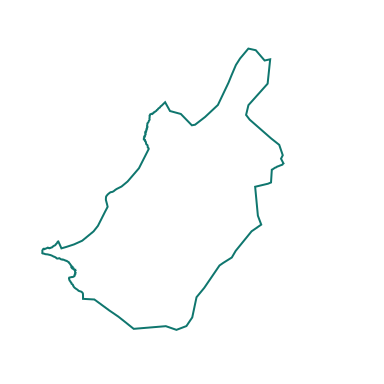 outline of Shine-Ider, Hövsgöl, Mongolia, rotated 310°
{"feature_id": "93677404B2181699947628", "entity_name": "Shine-Ider", "entity_type": "district", "adm_level": 2, "iso_a3": "MNG", "parent_name": "Mongolia", "parent_adm1": "Hövsgöl", "projection": "robinson", "projection_center": [99.405, 49.039], "detail": "fine", "context": "isolated", "style": "outline", "palette": "teal", "viewbox_px": 384, "rotation_deg": 310, "n_neighbors": 0, "source": "geoboundaries", "source_scale": "gbopen_adm2", "svg_char_len": 5397}
<svg xmlns="http://www.w3.org/2000/svg" viewBox="0 0 384 384"><g transform="rotate(310 192 192)"><path d="M47.4,153.0L46.6,153.4L46.1,154.2L45.7,154.8L45.5,155.1L45.4,155.6L45.4,156.2L45.3,156.5L44.9,157.1L44.9,157.5L44.9,158.0L44.5,158.4L44.3,158.7L44.3,159.3L44.4,159.8L44.4,160.3L44.1,160.8L43.8,161.1L43.8,161.4L43.8,161.5L43.7,161.8L43.4,162.3L43.2,163.5L43.3,165.3L43.4,166.1L43.5,167.0L43.5,167.7L43.4,168.4L43.5,168.9L43.9,169.9L44.4,171.0L44.5,171.8L44.5,172.5L44.3,173.3L44.0,173.8L42.6,175.1L40.1,177.2L46.9,186.3L48.1,204.8L49.2,216.0L49.7,235.3L72.4,258.2L76.4,268.7L85.7,273.9L96.1,272.8L114.3,263.1L126.4,263.0L153.4,260.3L157.8,261.5L167.4,264.6L175.0,263.3L200.2,262.9L211.5,266.0L216.2,257.7L236.6,237.0L247.2,244.9L250.1,246.4L260.4,238.8L261.1,239.2L262.0,239.4L263.9,240.0L264.3,240.1L264.8,240.5L265.2,240.7L265.7,240.8L266.2,240.9L267.3,241.6L267.6,241.8L268.5,242.2L269.7,242.9L270.7,243.5L271.3,243.7L271.8,243.5L272.1,243.5L272.4,243.6L272.7,243.7L274.7,238.8L278.5,237.9L284.2,228.5L283.9,218.3L284.5,189.7L285.8,183.9L294.8,179.4L317.1,180.1L323.6,180.3L343.9,166.6L339.4,163.1L341.6,149.7L338.1,143.0L325.2,143.0L317.5,144.0L307.0,147.2L299.2,149.7L275.3,155.9L257.9,153.8L245.5,151.1L243.0,149.0L244.6,133.3L239.9,123.1L243.5,113.7L238.3,113.2L237.9,113.0L237.5,112.9L237.2,112.9L236.4,113.1L236.1,113.1L235.6,112.9L234.8,112.7L234.4,112.6L233.9,112.6L233.6,112.6L233.0,112.7L232.3,112.4L232.0,112.4L231.2,112.5L230.8,112.4L230.0,112.1L229.7,112.0L229.0,112.0L228.6,111.8L228.5,111.6L228.4,111.5L228.2,111.5L227.9,111.5L227.6,111.7L227.3,111.7L227.1,111.6L226.8,111.4L226.4,111.4L226.4,111.2L226.2,111.0L226.0,110.8L225.8,110.8L225.7,110.6L225.2,110.4L224.8,110.2L224.6,110.1L224.3,110.3L223.9,110.4L223.7,110.3L223.4,110.4L223.0,110.5L222.9,110.6L222.7,111.0L222.2,111.4L221.7,111.7L221.3,111.9L221.0,112.1L220.6,112.6L220.2,113.0L219.9,113.1L219.5,113.2L218.8,113.2L217.6,113.7L217.0,113.8L216.8,113.8L216.5,113.7L216.2,113.7L215.9,113.7L215.2,114.2L214.6,114.7L213.8,115.0L213.6,115.1L213.5,115.7L213.5,115.8L212.8,116.3L212.7,116.3L212.6,116.2L212.4,116.1L212.2,116.2L212.1,116.4L211.9,116.5L211.6,116.4L211.3,116.5L211.2,116.9L211.2,117.0L210.8,117.0L210.7,117.0L210.3,117.0L210.2,117.1L210.1,117.3L209.8,117.6L209.6,117.6L209.4,117.7L209.0,117.5L208.9,117.5L208.7,117.5L208.6,117.8L208.3,117.7L208.1,117.7L207.9,117.7L207.8,117.9L207.8,118.1L207.8,118.3L207.7,118.3L207.3,118.1L207.2,118.2L206.9,118.5L206.7,118.6L206.6,118.9L206.6,119.1L206.6,119.3L206.4,119.4L206.2,119.5L205.9,119.6L205.6,119.6L205.1,119.5L204.9,119.5L204.6,119.6L204.3,119.7L204.2,119.8L204.2,120.1L203.9,120.1L203.7,120.0L203.5,119.9L203.4,120.0L203.4,120.4L203.3,120.5L203.0,120.5L202.8,120.5L202.3,120.5L202.2,120.6L201.9,120.9L201.4,121.2L201.3,121.3L201.5,121.5L201.7,122.1L201.7,122.3L201.7,122.5L201.4,122.8L200.9,123.2L200.8,123.3L200.7,123.5L200.8,123.7L200.8,123.8L200.9,124.1L199.9,125.4L199.4,125.9L199.3,126.2L199.3,126.5L199.2,126.7L199.2,127.0L199.3,127.4L199.2,127.8L199.0,128.1L198.6,128.6L198.2,129.0L197.8,129.3L197.7,129.5L197.7,130.3L197.5,130.5L197.4,130.9L197.1,131.2L176.1,136.1L158.6,135.9L150.9,134.5L145.8,132.3L144.0,131.8L142.3,131.5L141.0,131.0L139.4,129.7L137.7,129.3L135.8,129.0L133.4,129.1L132.9,129.4L132.1,129.9L130.6,131.1L128.0,134.8L126.4,136.9L120.9,138.1L105.6,141.7L98.5,141.9L84.1,139.2L76.0,135.3L69.1,131.0L64.9,128.2L68.2,121.4L67.7,121.1L67.3,121.2L67.0,121.2L66.2,121.4L65.8,121.4L65.3,121.4L64.7,121.3L64.4,121.3L64.2,121.4L63.7,121.4L63.4,121.4L63.0,121.3L62.0,120.8L61.1,120.5L60.7,120.5L60.2,120.5L59.7,120.4L59.2,119.9L58.9,119.8L58.3,119.7L57.8,119.2L57.5,119.1L57.3,119.0L57.2,118.8L57.2,118.5L57.1,118.4L56.8,118.1L56.8,117.5L56.7,117.3L56.5,117.2L55.7,116.9L54.0,116.0L53.6,115.8L53.4,115.7L53.5,115.2L53.4,115.0L53.2,114.9L52.8,114.7L52.5,114.7L51.2,114.9L50.8,115.1L50.4,115.5L49.6,116.2L49.0,116.5L48.9,116.6L48.9,116.8L48.9,117.0L49.1,117.4L49.7,118.4L49.8,118.6L50.0,119.4L50.2,119.8L50.5,120.2L51.4,121.5L52.7,124.1L53.2,125.6L53.3,126.0L53.4,126.4L53.5,127.2L53.6,127.6L53.8,127.9L54.0,128.5L54.2,129.4L54.2,129.8L54.3,130.2L54.2,130.5L54.2,130.9L54.2,131.1L54.3,131.4L54.5,131.7L55.3,132.4L55.5,132.6L55.9,132.8L56.0,132.9L56.1,133.2L56.1,133.8L56.1,134.1L56.3,135.2L56.4,135.4L56.6,135.6L56.8,135.7L56.9,135.8L57.0,136.1L57.1,136.4L57.1,136.6L57.4,136.8L57.6,137.1L57.7,137.5L57.9,138.5L58.0,138.7L58.2,139.0L58.3,139.2L58.3,139.7L58.4,140.0L58.7,140.3L58.8,141.7L59.0,142.5L59.0,142.9L58.9,143.1L58.7,143.3L58.7,143.8L58.6,144.0L58.6,144.3L58.5,144.8L58.3,145.4L58.1,145.8L58.1,146.4L58.1,146.6L58.0,146.9L57.9,147.1L57.8,147.3L57.5,147.3L57.4,147.4L57.2,147.5L57.0,147.8L56.8,147.9L56.7,148.1L56.7,148.4L56.8,148.6L57.0,148.6L57.3,148.7L57.6,148.6L57.8,148.6L57.8,148.8L57.6,148.9L57.4,148.9L57.2,149.1L57.2,149.3L56.8,149.3L56.6,149.2L56.5,149.3L56.6,149.7L56.6,150.0L56.9,150.2L57.2,150.2L57.4,150.4L57.4,150.5L57.2,150.7L56.9,150.7L56.7,151.2L56.7,151.7L56.8,151.8L57.0,152.0L57.2,152.3L56.8,152.4L56.7,152.5L56.7,152.8L56.8,153.1L56.4,153.1L56.2,153.2L56.1,153.3L55.8,153.8L55.4,154.0L55.3,154.3L55.4,154.5L55.3,154.8L54.8,154.9L54.3,154.8L54.1,154.9L54.1,155.0L54.0,155.3L53.6,155.2L53.4,155.2L53.1,155.5L52.8,155.5L52.7,155.8L52.4,155.9L51.9,156.0L51.1,155.7L50.6,155.5L49.9,155.0L49.3,154.3L49.0,154.1L48.6,153.9L48.4,153.7L48.1,153.4L47.5,153.1L47.4,153.0Z" fill="none" stroke="#0f766e" stroke-width="2"/></g></svg>